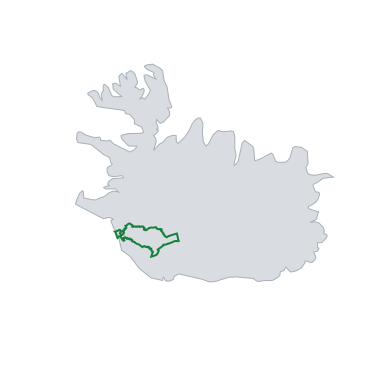 location of Rangárþing ytra, Suðurland, Iceland, rotated 31°
{"feature_id": "244011B57462919825437", "entity_name": "Rangárþing ytra", "entity_type": "district", "adm_level": 2, "iso_a3": "ISL", "parent_name": "Iceland", "parent_adm1": "Suðurland", "projection": "mercator", "projection_center": [-19.711, 63.992], "detail": "fine", "context": "in_parent", "style": "outline", "palette": "green", "viewbox_px": 384, "rotation_deg": 31, "n_neighbors": 0, "source": "geoboundaries", "source_scale": "gbopen_adm2", "svg_char_len": 8347}
<svg xmlns="http://www.w3.org/2000/svg" viewBox="0 0 384 384"><g transform="rotate(31 192 192)"><path d="M281.2,116.2L284.2,116.4L289.0,114.2L296.0,107.8L298.9,106.4L305.6,106.4L297.4,112.6L294.4,119.4L292.2,122.7L292.2,124.2L297.9,128.3L300.7,126.9L301.9,127.5L302.9,129.4L303.7,133.2L303.2,137.2L301.5,141.1L299.3,144.4L299.6,145.5L301.4,146.0L310.8,144.0L311.9,148.9L312.7,150.5L312.4,152.1L308.7,157.3L313.1,154.0L316.6,153.1L322.5,154.7L325.0,156.6L326.4,159.9L329.3,158.9L330.7,160.7L330.7,162.7L329.4,168.2L325.9,170.9L328.0,174.8L329.8,174.9L330.1,175.8L329.9,178.2L327.2,180.9L331.6,183.9L332.2,185.0L331.9,188.5L331.2,190.4L329.8,191.6L326.6,191.8L324.6,193.1L325.3,195.2L324.7,201.0L322.1,205.7L319.7,208.2L317.4,209.9L311.0,208.0L311.2,212.1L308.9,214.6L309.4,216.7L310.2,217.8L309.8,220.4L306.8,226.0L304.7,227.7L300.6,229.9L294.6,234.9L288.6,234.8L273.8,241.9L267.9,245.8L257.5,257.2L253.1,260.2L245.5,261.6L222.9,269.0L220.3,273.5L220.2,274.4L221.2,276.1L219.5,279.3L216.1,281.5L214.5,281.5L211.6,279.6L211.3,280.5L212.4,282.9L201.3,286.7L186.0,284.7L172.4,279.2L161.7,278.1L154.1,270.5L153.9,269.3L154.7,267.0L157.4,266.0L156.1,263.7L151.5,267.7L150.0,267.6L148.1,266.0L148.0,264.4L144.2,263.7L137.6,258.8L137.1,257.7L138.7,256.1L138.3,255.8L134.7,256.1L129.5,260.6L98.6,262.4L97.6,260.0L96.3,251.2L97.4,247.4L98.7,247.8L102.3,252.8L110.6,250.0L113.9,248.1L117.0,243.3L118.8,241.7L121.3,235.5L123.9,231.7L129.2,229.9L124.5,228.8L116.6,233.8L114.0,233.8L115.2,231.6L117.9,229.2L116.1,229.0L115.4,227.9L115.3,225.6L116.7,221.8L125.9,215.2L123.7,213.9L117.3,219.0L112.7,220.8L108.9,218.4L107.0,215.3L107.2,213.9L109.4,209.9L109.0,209.1L107.5,208.7L103.4,205.0L96.9,205.4L80.8,203.3L68.7,208.4L65.7,206.0L63.3,200.9L63.8,198.9L65.9,197.8L71.9,197.9L80.6,195.5L84.6,192.5L86.1,193.2L86.9,194.7L92.3,192.4L95.1,189.8L100.0,191.1L118.1,189.7L120.5,186.2L121.4,182.0L121.0,181.2L114.4,185.0L112.8,184.9L105.1,182.9L102.3,180.6L103.2,178.8L107.3,174.8L117.8,168.1L119.2,166.8L119.4,165.2L115.2,162.3L107.4,163.1L105.4,159.7L98.8,157.7L94.5,159.0L92.2,156.9L66.6,167.7L58.3,162.7L52.3,161.9L51.8,160.4L55.2,155.7L57.6,154.8L60.0,155.2L64.5,158.5L67.7,159.6L63.7,154.7L63.6,150.1L62.3,148.9L61.1,145.8L61.6,144.7L66.3,145.4L73.9,150.8L77.6,149.8L82.4,146.4L71.6,144.4L68.3,140.2L70.6,137.9L76.2,138.2L70.0,130.9L69.7,129.6L70.8,126.3L78.5,129.1L74.4,124.8L74.3,123.8L75.5,123.0L76.1,120.3L78.1,119.2L82.0,120.1L88.1,125.2L89.0,126.6L89.2,131.8L91.6,131.0L94.4,131.7L96.8,128.2L98.4,129.0L99.7,132.2L99.6,139.0L101.2,136.6L104.0,136.5L104.5,130.8L103.9,126.2L94.7,121.0L91.0,117.2L91.4,115.9L93.2,114.7L102.9,113.8L98.8,111.5L97.8,109.2L90.4,110.1L86.7,109.1L86.6,107.9L88.1,106.2L92.5,102.6L101.0,102.3L104.4,103.3L111.0,111.2L116.2,114.4L125.0,125.0L130.6,129.1L130.9,130.1L130.0,131.3L127.8,132.7L131.1,134.5L133.1,137.3L133.3,138.5L131.4,146.9L129.3,149.6L124.2,148.0L125.4,150.7L129.1,153.5L129.9,155.1L129.4,156.7L131.1,156.2L131.7,157.1L130.9,161.8L130.0,163.5L133.0,164.5L135.2,166.9L137.7,176.3L139.1,169.1L139.9,166.4L141.1,165.4L142.6,157.9L146.1,153.5L149.3,151.8L152.7,157.0L155.1,157.5L157.6,148.3L157.9,141.5L157.1,134.0L157.6,128.6L159.2,125.3L161.4,124.3L166.1,127.6L170.0,135.1L175.8,143.2L179.9,145.3L180.6,145.0L181.3,142.3L180.7,131.6L182.6,125.9L187.4,124.5L194.7,119.2L196.4,119.0L200.0,122.1L206.4,132.9L211.0,137.9L213.4,145.9L214.5,147.4L215.5,144.9L215.6,141.4L210.0,124.8L210.0,122.5L210.5,120.7L220.5,121.6L222.8,123.4L229.7,132.9L233.1,129.1L239.9,117.8L242.2,118.2L248.0,122.7L250.3,122.3L257.0,118.2L258.5,113.0L255.6,102.2L256.8,100.0L263.1,97.3L269.9,97.8L276.9,107.9L277.1,112.5L281.2,116.2Z" fill="#d9dde1" stroke="#a8b0b8" stroke-width="1"/><path d="M205.8,240.8L205.3,240.4L204.4,239.6L202.6,237.6L200.4,235.4L198.4,237.6L194.5,242.0L193.8,243.7L193.4,243.8L193.2,243.8L193.0,243.7L192.8,243.7L192.5,243.7L192.4,243.8L192.5,243.8L192.4,243.9L192.2,243.8L191.7,243.7L190.1,243.0L189.5,242.9L189.3,243.0L189.0,242.8L188.9,242.7L189.0,242.6L189.2,242.4L188.9,242.1L188.1,242.0L187.9,242.0L186.8,241.2L186.7,241.2L186.3,241.4L186.2,241.3L185.9,241.3L185.6,241.2L185.8,241.0L185.9,240.9L185.7,240.6L185.4,240.4L185.3,240.2L185.2,240.1L185.3,240.0L185.3,239.9L185.2,239.7L184.9,239.6L184.6,239.8L184.0,240.0L183.2,240.5L182.8,240.8L182.5,241.0L182.1,241.3L181.4,241.5L180.8,241.5L180.8,241.4L180.6,241.3L180.2,241.0L179.9,240.8L179.3,240.8L178.9,240.9L178.5,241.4L178.2,241.6L177.4,242.3L177.1,242.5L176.6,242.8L175.7,243.3L174.5,244.2L174.3,244.4L173.9,245.1L173.6,245.3L173.5,245.8L173.3,246.1L172.8,247.0L172.7,247.4L172.7,247.7L172.7,248.0L172.5,248.3L172.2,248.4L172.0,248.6L171.7,248.6L171.3,248.8L171.0,248.7L170.8,248.9L170.2,249.0L170.0,248.8L170.1,248.7L170.1,248.4L170.1,248.2L170.3,248.0L170.4,247.9L170.3,247.7L170.2,247.7L169.9,247.4L169.5,247.3L168.9,247.4L168.4,247.2L168.2,246.8L167.8,246.8L167.6,246.9L167.3,247.1L167.1,247.2L166.6,247.4L166.2,247.9L166.0,248.1L165.9,248.2L165.5,248.8L165.4,248.9L165.1,248.9L164.6,248.6L164.4,248.9L164.0,249.1L163.7,249.1L163.5,249.3L163.1,249.7L162.9,249.7L162.6,249.8L162.4,250.0L162.4,250.3L161.9,250.3L161.4,250.9L161.2,251.1L160.3,251.1L160.1,251.2L160.0,251.3L159.8,251.6L159.5,252.2L158.8,252.6L158.7,252.5L158.5,252.3L158.4,252.1L158.1,251.7L157.9,251.6L157.7,251.5L157.6,251.4L157.7,251.2L157.1,251.1L156.7,251.2L156.4,251.2L156.2,251.1L154.9,251.1L154.4,251.4L154.0,251.8L153.8,252.1L153.6,252.7L153.4,253.7L153.3,254.0L152.9,254.6L152.4,255.2L153.5,255.8L153.6,256.5L154.2,256.7L154.0,257.8L153.9,257.9L153.9,258.0L153.3,258.3L153.0,258.3L153.1,258.8L153.3,259.0L153.6,259.0L153.5,259.3L153.4,259.5L153.5,259.6L153.4,259.8L153.5,259.9L153.4,260.0L153.3,260.3L153.1,260.4L153.1,260.5L152.2,261.2L152.2,261.7L152.2,261.8L152.4,261.8L153.8,261.1L154.4,261.6L154.8,262.6L153.9,265.4L151.4,264.5L151.5,264.3L151.5,264.2L151.7,263.5L151.5,263.3L151.5,263.2L151.4,263.0L151.4,262.9L151.4,262.7L151.1,262.6L150.3,262.3L149.9,261.6L149.6,261.7L149.4,261.9L149.2,261.9L149.0,262.0L148.8,262.5L148.7,262.9L148.2,263.5L148.0,264.0L147.9,264.1L147.6,264.3L147.3,264.8L146.3,265.6L146.7,265.7L147.9,266.6L149.4,267.8L151.9,269.9L152.1,269.6L152.3,269.1L152.3,268.8L152.3,268.2L152.3,267.9L152.4,267.6L152.6,267.3L152.8,267.1L153.4,266.6L157.0,268.8L158.6,269.0L158.9,268.3L158.7,268.2L158.1,268.0L157.5,267.5L157.4,267.5L157.1,266.7L157.2,266.4L157.3,266.5L157.5,266.5L157.5,266.3L157.7,266.2L157.8,266.2L158.0,265.7L157.8,265.7L158.0,265.6L158.2,265.4L158.3,265.4L158.5,265.5L158.8,265.2L159.1,265.2L159.1,265.4L159.2,265.5L159.5,265.4L159.6,265.2L159.8,265.4L160.0,265.3L160.2,265.2L160.5,265.3L160.6,265.5L160.8,265.4L160.7,265.2L160.8,265.0L161.0,265.1L161.2,264.9L161.4,264.8L161.6,264.6L161.8,264.6L162.1,264.6L162.1,264.4L162.2,264.2L162.4,264.2L162.4,264.3L162.3,264.5L162.5,264.6L162.5,264.2L163.0,264.0L163.2,263.9L163.3,264.1L163.8,264.0L164.0,264.1L164.1,263.9L164.4,263.9L164.7,263.9L164.7,264.0L165.0,263.9L165.4,264.0L165.6,264.0L165.9,264.2L166.1,264.4L166.1,264.7L166.1,264.9L166.4,264.8L167.0,265.0L167.4,264.9L167.6,264.8L167.7,264.6L167.9,264.6L168.3,264.5L170.5,264.9L173.4,264.3L177.9,264.8L178.5,263.4L178.9,263.2L179.1,262.9L179.6,262.8L179.7,263.0L179.9,263.0L180.0,263.0L180.0,262.9L180.3,262.8L180.6,262.8L180.8,262.7L181.3,262.7L182.0,262.1L182.3,262.1L182.5,262.1L182.4,262.0L182.6,261.8L182.6,261.6L182.8,261.6L183.0,261.6L183.5,261.3L183.9,261.3L184.1,261.3L184.3,261.4L184.3,261.5L184.2,261.7L184.3,261.9L184.2,262.0L184.3,262.0L184.5,262.3L184.8,262.2L185.0,262.0L185.4,261.9L185.6,262.0L185.8,261.9L185.8,262.1L186.0,262.0L186.2,261.9L186.4,261.7L186.6,262.0L186.5,262.3L186.4,262.3L186.5,262.5L186.8,262.7L187.3,262.8L187.4,263.0L187.7,263.2L188.0,263.5L188.3,263.3L188.6,263.2L188.8,263.2L189.3,263.5L189.6,263.9L189.5,264.9L190.4,268.4L192.6,265.9L194.0,264.0L194.1,261.7L193.8,259.6L192.3,259.1L192.5,258.6L193.5,256.1L193.8,255.5L194.6,253.6L194.6,253.4L194.8,253.1L194.9,252.9L194.8,252.7L195.0,252.4L195.0,252.2L194.9,252.1L194.7,251.9L195.0,251.7L196.3,250.8L197.0,250.2L197.2,249.8L197.5,249.5L197.7,249.2L198.0,248.6L198.4,248.4L198.6,248.3L198.7,248.2L198.8,247.9L198.9,247.7L199.1,247.5L199.2,247.3L200.2,246.2L200.7,245.7L200.8,245.6L200.9,245.3L201.0,245.0L201.6,244.1L202.8,242.8L203.4,242.3L203.7,242.1L204.3,241.9L205.1,241.6L205.5,241.1L205.8,240.8Z" fill="none" stroke="#15803d" stroke-width="2"/></g></svg>